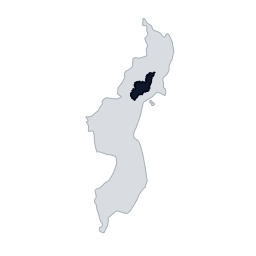 Nkhata Bay, Nkhata Bay, Malawi shown in context, rotated 27°
{"feature_id": "42251766B11922581525025", "entity_name": "Nkhata Bay", "entity_type": "district", "adm_level": 2, "iso_a3": "MWI", "parent_name": "Malawi", "parent_adm1": "Nkhata Bay", "projection": "orthographic", "projection_center": [34.057, -11.614], "detail": "fine", "context": "in_parent", "style": "filled", "palette": "ink", "viewbox_px": 256, "rotation_deg": 27, "n_neighbors": 0, "source": "geoboundaries", "source_scale": "gbopen_adm2", "svg_char_len": 6903}
<svg xmlns="http://www.w3.org/2000/svg" viewBox="0 0 256 256"><g transform="rotate(27 128 128)"><path d="M99.7,148.4L98.3,146.5L97.1,147.0L95.5,148.4L94.6,148.7L94.2,148.7L93.9,148.3L93.5,147.5L92.3,144.9L90.9,143.1L89.4,142.5L88.2,141.6L88.7,140.8L89.3,140.2L89.0,139.7L88.3,138.8L85.7,137.6L85.6,137.0L88.0,135.9L89.4,134.6L90.4,133.4L91.7,130.7L92.7,128.0L93.4,127.1L93.7,125.3L93.5,123.3L94.0,120.7L94.3,118.2L93.5,117.3L92.8,115.7L93.6,112.9L94.8,110.9L100.7,108.9L104.8,107.1L105.6,106.3L107.0,104.7L107.8,103.2L107.2,102.8L104.0,102.7L103.2,102.2L100.9,96.9L102.1,90.8L102.2,88.4L102.2,85.4L101.8,83.3L100.8,82.3L100.1,81.2L100.3,78.0L101.2,77.6L103.3,73.4L104.2,70.9L103.1,69.0L101.9,66.2L101.3,64.4L101.0,63.8L101.9,62.7L103.2,61.6L104.8,61.3L106.4,60.8L111.6,55.5L111.7,54.5L110.7,52.8L108.8,50.1L108.4,49.1L108.1,45.9L107.3,44.9L104.5,42.8L102.3,40.6L103.0,38.3L103.3,35.8L102.3,34.4L100.6,33.0L99.6,30.9L99.2,29.4L97.9,28.8L96.7,28.8L95.9,29.7L95.0,29.7L93.8,29.3L93.5,28.0L93.4,26.6L92.6,25.6L91.9,24.2L91.8,23.5L92.2,23.3L93.2,23.2L97.4,25.9L100.0,26.0L102.8,26.5L105.2,28.9L106.5,29.2L108.1,28.9L112.6,28.6L114.4,29.0L116.8,30.4L117.7,30.6L119.2,30.6L119.5,30.2L119.6,29.4L119.3,27.7L119.7,26.8L120.6,25.8L123.1,27.0L129.3,32.2L129.5,32.9L133.4,38.1L134.7,40.3L134.7,41.5L135.9,46.1L136.2,48.2L135.9,49.8L136.0,51.1L136.4,53.0L136.3,53.8L137.7,56.5L138.3,58.8L138.5,61.0L138.1,63.2L136.8,66.4L136.6,67.7L136.9,68.8L137.7,70.1L139.0,71.5L140.0,73.1L140.7,75.1L141.3,75.9L142.0,75.9L143.3,76.2L144.4,77.4L145.6,79.3L146.0,81.4L146.2,82.4L142.7,82.3L138.2,82.6L137.1,83.5L136.8,85.4L135.4,89.3L134.6,90.7L133.0,93.3L130.7,97.0L130.2,98.3L130.3,99.5L131.6,104.5L133.0,109.8L133.5,111.9L134.5,118.9L135.1,123.9L135.1,126.8L135.6,130.7L136.9,132.8L138.2,134.1L143.2,134.9L144.6,135.9L147.4,138.4L153.6,145.3L156.9,149.7L159.9,153.6L165.1,160.8L169.2,166.4L169.7,171.6L170.4,172.4L168.9,176.2L168.0,182.5L168.6,186.6L168.3,193.7L167.5,201.2L166.5,203.9L165.3,204.9L162.4,205.7L156.1,206.6L155.2,207.5L154.4,209.0L153.1,212.4L151.6,215.9L151.1,217.4L151.4,217.8L152.7,219.6L154.0,224.1L154.2,231.9L153.7,232.5L151.9,232.8L149.9,232.7L149.1,232.3L148.4,231.4L147.8,229.7L149.1,228.6L149.6,226.5L148.8,224.8L147.1,224.4L145.0,222.8L140.5,217.6L136.7,213.9L134.5,210.8L132.2,209.6L131.6,208.9L131.0,207.6L131.0,205.7L131.2,204.4L130.5,202.9L128.3,200.5L127.2,199.2L127.2,197.6L128.1,196.1L130.1,194.2L131.6,190.5L132.1,188.1L134.9,183.2L135.3,179.0L135.3,175.6L135.2,173.0L134.5,167.8L134.0,164.3L130.6,159.5L129.5,159.1L126.2,159.5L123.4,160.2L122.0,161.2L119.9,161.2L114.5,162.1L112.7,162.4L111.7,163.3L111.2,163.4L107.7,159.8L104.7,155.9L100.8,149.2L99.7,148.4ZM139.8,96.8L138.9,97.0L138.3,96.5L138.4,95.1L138.7,94.0L139.7,93.9L140.3,94.2L140.8,94.6L140.8,95.4L140.5,96.2L139.8,96.8ZM137.7,94.2L137.2,95.6L136.1,95.6L135.1,94.3L135.4,93.3L136.4,93.0L137.3,93.4L137.7,94.2Z" fill="#d9dde1" stroke="#a8b0b8" stroke-width="1"/><path d="M116.1,98.3L116.4,98.3L116.5,98.2L116.6,98.3L116.8,98.2L117.1,98.2L117.1,98.3L117.1,98.6L117.3,98.9L117.4,99.0L117.5,99.0L117.6,98.9L117.7,99.0L117.9,98.9L118.1,99.1L118.3,99.3L118.3,99.5L118.5,99.4L118.6,99.5L118.7,99.4L119.0,99.5L119.5,99.6L119.8,99.8L120.0,99.8L119.9,99.9L120.1,100.0L120.3,99.8L120.5,99.8L120.8,100.0L121.0,99.9L121.1,100.1L121.3,100.1L121.3,99.7L121.2,99.6L121.2,99.3L121.2,99.0L121.4,98.7L121.4,98.3L121.6,97.8L121.7,97.3L121.8,97.1L121.8,96.9L122.1,96.5L122.2,96.2L122.3,96.0L122.2,95.7L122.2,95.3L122.1,95.1L122.1,94.8L122.0,94.4L122.2,94.0L122.5,93.8L122.7,93.5L122.8,93.3L122.8,93.2L123.3,92.8L124.4,92.1L125.5,91.6L125.4,91.4L125.3,91.2L125.2,91.2L125.1,90.7L125.2,90.4L125.3,90.1L125.3,89.9L125.5,89.8L125.4,89.6L125.4,89.3L125.3,89.2L125.4,88.9L125.8,88.5L126.2,88.4L126.3,88.2L126.8,88.0L126.9,87.9L127.0,87.9L126.9,87.7L127.0,87.5L127.2,87.4L127.3,87.1L127.4,86.9L127.6,86.8L127.8,86.8L128.7,86.4L128.6,86.2L128.8,86.0L129.0,85.9L129.0,85.6L129.2,85.4L129.4,84.6L129.3,84.4L128.9,84.1L128.9,83.9L129.0,83.9L128.8,83.4L128.8,83.2L128.7,83.2L128.6,82.9L128.8,82.7L128.7,82.7L128.8,82.3L128.7,82.1L128.4,81.6L128.4,81.4L128.1,81.1L128.0,80.9L128.0,80.7L127.9,80.6L128.0,80.3L128.0,80.2L128.1,79.9L128.2,79.6L128.2,79.4L128.2,79.2L128.0,78.9L128.0,78.5L128.0,78.3L127.9,78.3L128.0,78.1L127.9,77.8L128.0,77.4L127.9,77.4L128.0,77.2L127.9,77.1L127.8,76.9L127.7,76.6L127.6,76.2L127.6,75.8L127.6,75.7L127.6,75.4L127.4,75.2L126.8,74.8L126.7,74.5L126.7,74.4L126.6,74.2L126.6,73.7L126.6,73.4L126.9,73.1L126.7,72.9L126.4,72.6L126.3,72.2L126.2,72.1L126.2,71.9L126.2,71.5L126.2,71.3L126.3,71.1L126.3,70.9L126.4,70.6L126.7,70.5L126.7,70.4L126.9,70.2L126.9,69.9L127.0,69.7L126.9,69.6L126.7,69.3L126.8,69.2L126.9,69.3L126.9,69.1L126.7,68.9L126.6,68.6L126.6,68.3L126.5,68.1L126.5,67.9L126.5,67.7L126.5,67.4L126.4,67.0L126.4,66.8L126.5,66.6L126.3,66.6L126.1,66.5L125.9,66.7L125.9,66.9L125.6,67.7L125.5,67.8L125.4,67.9L125.3,68.0L125.2,68.1L124.8,68.2L124.5,68.2L124.4,68.3L124.3,68.5L124.0,68.7L123.8,68.7L123.7,68.6L123.3,68.7L123.2,68.6L122.8,68.8L122.6,69.0L122.3,69.1L122.1,69.5L122.2,69.8L122.2,70.0L122.0,70.4L122.0,70.5L121.9,70.6L121.9,70.8L121.7,71.3L121.8,71.5L121.7,71.5L121.4,71.7L121.2,71.7L121.2,71.8L121.1,72.0L121.0,72.3L120.9,72.4L121.0,72.5L121.0,72.9L121.1,73.1L121.0,73.4L120.9,73.5L120.9,73.9L121.0,74.0L121.4,74.0L121.5,74.1L121.8,74.2L121.8,74.5L121.7,74.6L121.8,74.8L121.7,74.9L121.6,75.1L121.7,75.3L121.6,75.5L121.6,75.8L121.8,76.0L121.7,76.1L121.9,76.3L121.9,76.6L121.9,76.8L121.9,77.1L122.0,77.3L122.5,77.2L122.9,77.3L123.0,77.3L123.0,77.5L123.1,77.8L123.0,78.1L123.1,78.3L123.2,78.6L123.4,78.8L123.2,79.0L123.1,79.3L122.8,79.3L122.6,79.2L122.5,79.3L122.6,79.5L122.5,79.9L122.2,80.0L121.9,80.1L121.7,80.0L121.3,79.9L121.1,80.1L120.9,80.1L120.4,80.1L120.0,80.0L119.9,80.0L119.9,80.3L119.9,80.6L119.7,80.7L119.8,81.0L119.6,81.1L119.7,81.3L119.3,81.4L119.1,81.6L119.0,81.8L118.8,81.7L118.7,81.5L118.6,81.4L118.4,81.5L118.2,81.4L117.7,81.4L117.3,81.1L117.2,81.1L117.1,81.3L117.0,81.5L116.9,81.5L116.5,81.9L116.5,82.0L116.2,82.2L116.1,82.4L115.9,82.4L115.4,82.7L115.2,82.6L115.0,82.8L115.2,83.0L114.9,83.1L114.6,83.5L114.7,83.8L114.8,83.9L114.4,83.9L114.3,84.0L114.1,84.0L113.9,84.2L113.9,84.3L113.7,84.5L113.7,84.8L113.9,84.8L114.0,85.0L114.4,85.6L114.3,86.0L114.5,86.1L114.3,86.2L114.2,86.6L114.1,86.9L114.3,87.0L114.6,87.1L114.8,87.3L115.0,87.3L115.3,87.5L115.1,87.8L115.1,88.0L115.2,88.3L115.9,88.3L116.6,88.7L116.7,89.6L116.1,90.6L115.6,90.7L115.2,90.6L114.9,90.9L115.0,91.1L115.2,91.3L115.3,91.4L115.2,91.6L115.3,91.7L115.2,91.8L115.2,92.0L115.4,92.2L115.5,92.4L115.6,92.5L115.5,92.8L115.3,93.0L115.1,93.1L115.3,93.2L115.4,93.5L115.7,93.6L115.8,93.8L115.9,94.0L116.1,94.0L116.3,93.9L116.5,93.9L116.5,94.0L116.6,94.3L116.3,94.4L116.0,94.4L115.8,94.5L115.6,94.5L115.4,94.6L115.2,95.1L114.8,95.5L114.9,95.9L115.0,96.4L115.1,96.7L115.5,97.3L115.6,97.9L116.1,98.3Z" fill="#0f172a" stroke="#020617" stroke-width="1.5"/></g></svg>